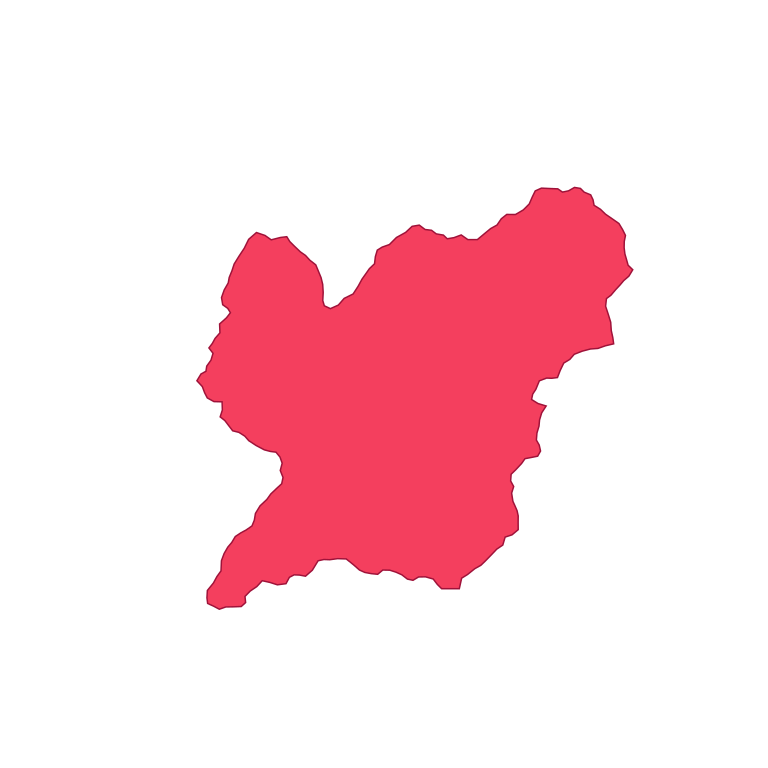 the district of Doutor Pedrinho, Santa Catarina, Brazil, rotated 45°
{"feature_id": "56859067B40062272044728", "entity_name": "Doutor Pedrinho", "entity_type": "district", "adm_level": 2, "iso_a3": "BRA", "parent_name": "Brazil", "parent_adm1": "Santa Catarina", "projection": "orthographic", "projection_center": [-49.556, -26.711], "detail": "fine", "context": "isolated", "style": "filled", "palette": "rose", "viewbox_px": 768, "rotation_deg": 45, "n_neighbors": 0, "source": "geoboundaries", "source_scale": "gbopen_adm2", "svg_char_len": 3098}
<svg xmlns="http://www.w3.org/2000/svg" viewBox="0 0 768 768"><g transform="rotate(45 384 384)"><path d="M514.2,284.9L506.7,288.9L499.3,290.6L496.3,286.0L495.1,280.3L491.6,271.9L494.8,264.8L498.5,261.4L502.1,256.8L499.0,249.8L496.3,242.1L498.0,235.2L497.5,228.5L500.9,220.7L505.2,213.3L510.1,207.6L513.5,200.5L518.0,193.2L513.0,189.4L506.9,185.5L500.6,180.0L493.4,176.2L485.7,172.3L480.9,166.3L481.7,160.6L481.1,153.5L480.9,147.2L480.4,141.4L480.9,134.6L479.1,127.3L472.6,127.4L467.3,124.4L462.4,121.7L457.4,117.8L453.1,113.3L449.7,108.2L443.5,106.1L436.7,104.4L430.3,105.5L420.5,107.3L413.5,107.4L406.2,109.1L401.5,105.9L396.4,104.1L389.9,106.8L384.6,106.8L379.7,110.3L377.9,116.9L374.5,122.1L368.9,123.1L363.6,128.0L356.8,134.2L354.4,140.5L356.6,146.9L359.4,154.0L359.4,162.4L357.1,171.2L350.9,177.3L350.1,184.2L351.5,191.7L349.5,198.7L348.7,207.0L347.9,215.9L341.2,222.6L333.2,224.0L330.0,231.0L326.0,236.6L320.7,236.7L314.8,240.9L308.9,241.7L303.8,245.7L296.6,246.7L292.4,252.6L292.1,261.5L289.2,271.6L289.2,281.6L285.9,288.5L284.6,294.1L287.8,300.0L292.3,305.7L292.1,312.6L293.3,319.5L294.3,325.4L296.6,333.2L298.5,342.2L295.3,351.6L295.9,360.5L292.8,368.6L286.5,370.9L281.7,368.3L276.3,362.3L270.2,356.9L264.3,353.3L257.8,350.6L251.5,348.0L244.0,348.9L237.6,348.6L231.4,349.7L223.2,349.9L216.7,349.9L211.1,348.6L207.1,353.7L202.3,361.8L194.8,363.1L186.7,367.1L186.0,377.4L189.2,386.8L191.1,396.2L193.2,405.1L196.4,411.4L199.2,418.1L202.4,422.7L204.5,430.5L208.0,437.8L213.9,442.0L220.0,441.0L225.0,442.2L225.8,448.6L225.3,457.8L231.8,463.8L232.3,471.2L233.9,476.6L234.7,482.3L241.4,483.2L244.8,489.5L246.0,496.7L249.1,500.9L247.5,506.3L249.4,514.0L257.4,514.3L263.3,517.0L268.9,518.8L276.2,516.7L282.1,511.1L288.1,516.7L291.4,523.1L297.3,522.4L304.0,523.3L310.1,524.1L315.6,520.8L322.4,519.3L328.5,519.7L337.1,517.9L345.9,515.2L351.4,512.0L355.8,508.6L362.1,509.2L368.0,512.0L371.8,518.5L378.7,521.5L382.2,526.9L381.9,533.8L381.7,541.8L382.8,548.5L382.5,557.7L384.6,566.4L388.6,572.0L391.0,577.7L389.7,584.9L388.1,590.1L386.7,597.0L388.4,603.7L388.9,609.8L390.8,616.9L394.0,623.9L400.9,631.4L402.0,638.2L404.1,645.3L405.1,654.9L410.0,660.4L414.5,663.9L420.6,661.6L426.8,659.7L429.8,653.5L435.4,647.7L440.4,642.3L440.7,636.4L435.9,632.5L435.8,625.1L437.3,617.2L437.0,609.2L443.6,605.0L450.6,601.4L455.9,594.5L453.8,587.6L455.4,582.5L459.3,578.9L464.4,575.4L465.0,566.3L462.4,555.6L465.6,550.6L469.9,546.6L474.7,540.3L481.0,534.4L490.2,533.4L498.2,532.9L503.7,530.8L509.1,527.1L514.1,523.0L514.7,516.4L519.7,511.6L525.5,508.6L531.5,506.3L538.5,505.4L543.3,502.3L544.9,496.0L549.7,491.0L556.7,487.1L563.4,488.0L569.5,488.0L582.0,475.5L576.2,466.4L577.8,459.6L578.8,450.4L580.7,443.5L580.8,437.4L580.7,428.6L580.5,421.0L581.9,413.9L577.9,406.6L581.2,400.1L581.9,392.1L576.5,386.8L572.2,382.4L567.7,379.5L562.9,377.6L558.1,375.8L551.4,370.9L548.2,364.8L542.1,363.0L537.7,357.9L537.8,351.8L537.5,342.9L536.5,337.1L540.3,331.5L543.7,326.4L542.1,320.7L536.9,317.4L531.4,315.9L526.8,310.5L523.4,304.2L519.4,299.4L515.9,292.9L514.2,284.9Z" fill="#f43f5e" stroke="#9f1239" stroke-width="1.5"/></g></svg>